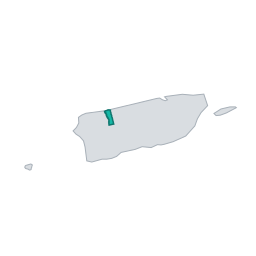 Hatillo, Puerto Rico shown in context, rotated 345°
{"feature_id": "32010507B41053706339825", "entity_name": "Hatillo", "entity_type": "district", "adm_level": 2, "iso_a3": "PRI", "parent_name": "Puerto Rico", "parent_adm1": "", "projection": "orthographic", "projection_center": [-66.807, 18.407], "detail": "fine", "context": "in_parent", "style": "filled", "palette": "teal", "viewbox_px": 256, "rotation_deg": 345, "n_neighbors": 0, "source": "geoboundaries", "source_scale": "gbopen_adm2", "svg_char_len": 2374}
<svg xmlns="http://www.w3.org/2000/svg" viewBox="0 0 256 256"><g transform="rotate(345 128 128)"><path d="M168.4,109.5L171.0,111.3L173.4,111.0L171.4,107.4L173.3,107.4L189.2,109.5L199.4,113.2L210.0,114.9L210.7,127.0L202.6,132.0L197.4,137.1L193.1,143.3L181.7,150.7L168.0,152.9L158.9,153.1L155.5,152.9L152.2,151.7L145.3,152.9L136.8,149.7L129.5,150.5L115.0,149.8L109.6,152.5L104.4,153.1L99.3,152.6L94.9,151.4L84.2,151.5L79.7,149.1L81.6,135.2L81.7,128.9L79.1,123.7L76.2,120.5L74.2,116.6L78.4,114.1L81.8,110.4L82.9,104.9L86.7,103.5L91.2,102.9L111.6,105.5L163.5,106.9L166.4,107.3L168.4,109.5ZM227.0,138.9L220.5,139.5L216.3,138.8L214.8,136.2L222.7,133.7L231.9,134.0L237.2,135.4L237.9,136.4L227.0,138.9ZM23.5,143.1L22.7,143.2L21.9,143.1L21.6,142.8L21.0,142.0L18.7,140.7L18.1,139.5L18.7,138.2L19.6,137.7L24.5,137.6L24.9,137.7L25.9,138.6L25.9,139.2L25.4,139.8L24.6,141.4L24.2,141.7L24.0,142.1L23.8,142.8L23.5,143.1Z" fill="#d9dde1" stroke="#a8b0b8" stroke-width="1"/><path d="M115.2,120.1L115.3,117.5L115.2,117.2L115.3,115.9L115.4,114.5L115.4,114.3L115.4,114.0L115.2,113.1L115.2,112.9L115.2,112.7L115.4,112.2L115.4,111.7L115.4,111.2L115.3,110.7L115.2,110.6L115.1,110.4L115.3,109.7L115.4,109.0L115.4,108.2L115.3,107.8L115.3,107.5L115.3,107.4L115.3,107.2L115.4,106.9L115.4,106.7L115.6,106.2L115.2,106.0L114.3,105.6L114.2,105.6L113.8,105.5L113.6,105.4L113.3,105.4L113.3,105.5L112.6,105.5L112.4,105.5L112.2,105.6L111.8,105.6L111.4,105.6L111.1,105.6L110.8,105.6L110.7,105.7L110.4,105.9L109.7,105.9L109.7,106.0L109.6,106.4L109.6,106.5L109.8,106.6L109.8,106.8L109.8,107.1L110.0,107.1L110.0,107.3L110.3,107.2L110.2,107.3L110.3,107.4L110.2,107.5L110.3,107.6L110.2,107.7L110.2,107.9L110.0,108.0L110.1,108.3L110.3,108.5L110.5,108.5L110.6,108.8L110.6,109.1L110.5,109.4L110.7,109.5L110.5,109.9L110.6,110.2L110.4,110.3L110.3,110.5L110.5,110.7L110.5,110.9L110.5,111.1L110.6,111.3L110.6,111.8L110.7,112.0L110.9,112.1L111.0,112.1L111.0,112.3L110.8,112.4L110.7,112.5L110.9,113.1L111.1,113.2L111.3,113.2L111.3,113.4L111.3,113.5L111.2,113.9L111.3,114.1L111.4,114.3L111.5,114.4L111.6,114.5L111.8,114.7L111.7,114.9L111.6,115.0L111.6,115.3L111.5,115.7L111.5,115.9L111.5,116.0L111.4,116.7L111.2,116.9L111.0,117.0L110.9,117.3L111.1,117.6L111.0,117.9L110.9,118.2L110.7,118.6L110.6,119.3L110.5,120.3L113.1,120.4L113.9,120.4L115.2,120.5L115.2,120.1Z" fill="#14b8a6" stroke="#0f766e" stroke-width="1.5"/></g></svg>